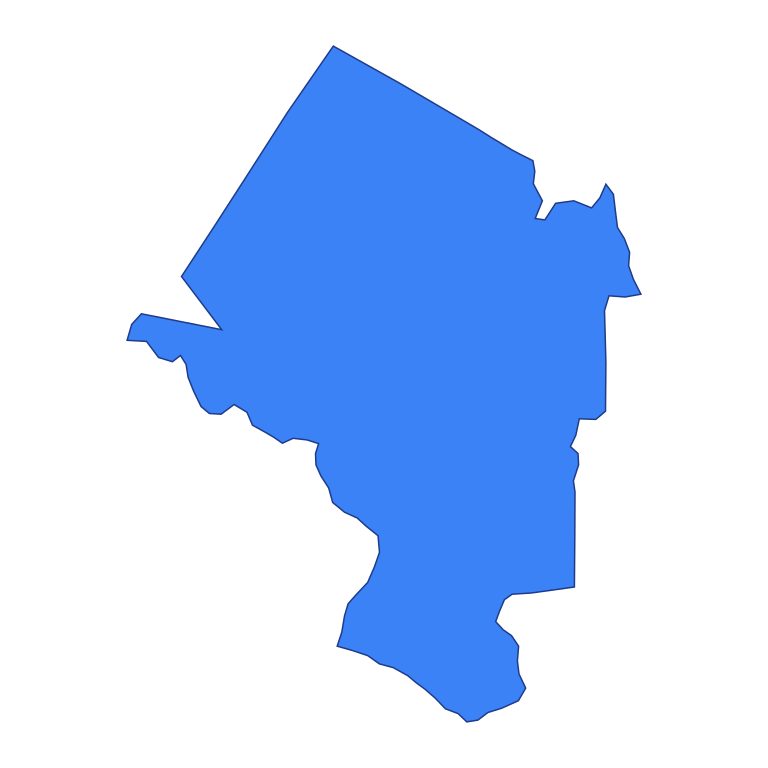 outline of Feira Grande, Alagoas, Brazil
{"feature_id": "56859067B46372234110310", "entity_name": "Feira Grande", "entity_type": "district", "adm_level": 2, "iso_a3": "BRA", "parent_name": "Brazil", "parent_adm1": "Alagoas", "projection": "natural_earth1", "projection_center": [-36.66, -9.896], "detail": "fine", "context": "isolated", "style": "filled", "palette": "blue", "viewbox_px": 768, "rotation_deg": 0, "n_neighbors": 0, "source": "geoboundaries", "source_scale": "gbopen_adm2", "svg_char_len": 1473}
<svg xmlns="http://www.w3.org/2000/svg" viewBox="0 0 768 768"><path d="M333.3,46.1L287.2,112.8L277.3,128.3L247.4,175.0L214.0,226.8L181.5,276.5L221.7,329.7L141.4,313.8L131.7,324.4L127.1,340.3L146.5,341.4L158.6,357.5L172.4,361.7L180.5,355.5L186.1,364.4L188.1,377.3L193.6,391.1L201.1,406.6L209.4,413.5L221.1,414.2L234.1,404.5L247.0,412.3L252.5,425.2L264.6,431.9L273.7,437.2L282.4,443.2L293.1,438.3L306.9,439.9L318.6,443.6L315.5,453.7L316.0,465.0L321.0,476.1L328.7,488.0L332.7,502.5L344.5,512.2L357.2,518.0L366.3,526.3L378.0,535.7L379.5,552.3L374.4,567.0L367.7,582.4L355.6,595.3L348.1,603.8L344.5,616.0L341.8,632.1L337.2,646.2L351.7,650.3L367.7,655.6L379.4,663.9L393.2,667.6L407.8,675.7L416.5,683.0L425.0,689.2L435.3,698.2L445.4,708.8L458.1,713.6L466.8,721.9L477.9,720.1L487.9,712.5L501.4,708.3L518.4,700.7L525.7,688.1L519.0,674.0L517.4,661.1L518.6,646.2L511.5,635.6L503.2,629.8L495.7,621.6L499.6,611.0L504.4,599.7L512.1,594.2L531.3,593.0L574.4,587.0L574.8,535.9L575.0,492.0L573.4,480.9L578.6,464.8L578.0,453.5L570.4,446.6L575.8,435.3L579.3,418.8L595.8,419.4L605.5,411.2L605.9,362.6L604.5,310.6L609.0,295.8L625.1,297.0L640.9,294.2L633.4,279.3L628.6,265.7L629.6,252.3L624.3,238.5L617.5,227.5L615.6,212.7L613.4,194.3L605.9,184.2L599.9,197.8L591.6,207.9L573.8,200.8L555.6,203.3L544.9,219.9L535.2,218.5L542.4,200.8L533.3,183.7L534.8,171.3L532.9,160.7L520.2,154.3L511.9,149.9L490.5,137.0L478.5,129.4L400.7,83.8L333.3,46.1Z" fill="#3b82f6" stroke="#1e3a8a" stroke-width="1.5"/></svg>